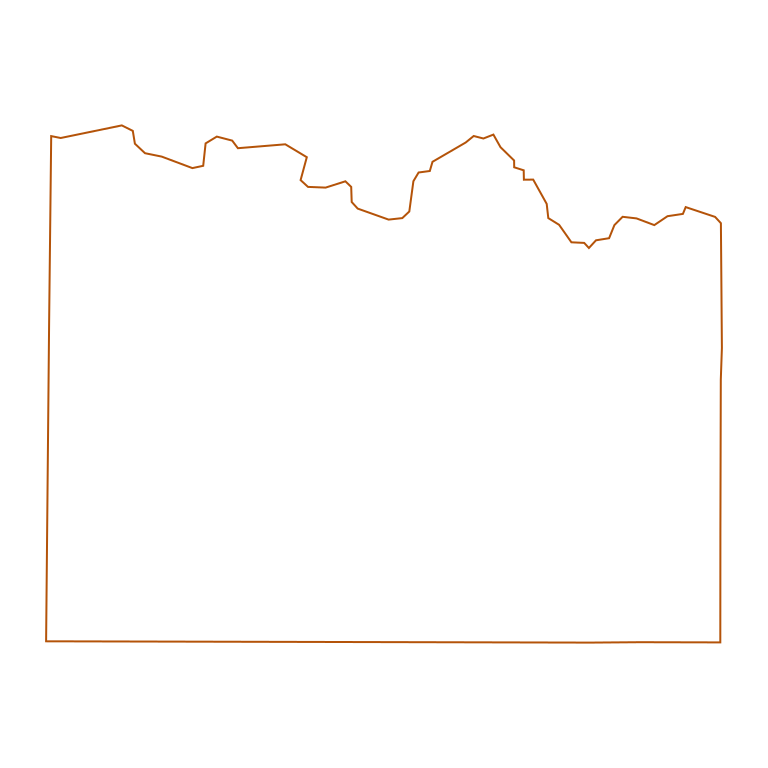 the district of Lincoln, Washington, United States of America
{"feature_id": "52423323B25148462267698", "entity_name": "Lincoln", "entity_type": "district", "adm_level": 2, "iso_a3": "USA", "parent_name": "United States of America", "parent_adm1": "Washington", "projection": "natural_earth1", "projection_center": [-118.323, 47.609], "detail": "fine", "context": "isolated", "style": "outline", "palette": "amber", "viewbox_px": 768, "rotation_deg": 0, "n_neighbors": 0, "source": "geoboundaries", "source_scale": "gbopen_adm2", "svg_char_len": 903}
<svg xmlns="http://www.w3.org/2000/svg" viewBox="0 0 768 768"><path d="M121.8,125.4L60.7,138.0L51.2,136.1L49.1,324.1L46.1,641.3L590.3,642.6L640.2,642.2L720.3,642.4L720.4,531.8L720.8,379.7L721.9,347.9L720.9,223.2L715.1,216.9L685.7,207.1L682.9,213.9L667.5,216.2L654.3,225.1L636.5,218.4L622.6,216.8L614.4,225.1L609.1,238.2L596.0,240.3L588.9,248.0L584.2,242.9L571.4,242.3L559.1,224.8L548.3,218.1L546.7,203.9L533.2,179.6L523.9,179.7L523.7,170.3L514.2,167.3L514.1,160.5L500.5,147.2L493.4,134.6L483.4,138.5L473.7,136.0L465.7,142.5L432.5,161.8L429.8,171.0L418.6,172.5L413.4,181.2L409.3,211.5L402.3,218.1L388.6,219.6L357.7,208.6L351.7,202.0L351.2,186.9L345.4,181.3L325.6,187.6L308.0,186.9L300.6,180.1L306.8,157.2L285.3,144.3L237.9,148.2L232.2,140.6L216.8,136.6L205.6,143.4L203.2,165.8L192.4,168.1L161.7,156.6L145.0,153.2L134.9,143.7L132.8,130.9L121.8,125.4Z" fill="none" stroke="#b45309" stroke-width="2"/></svg>